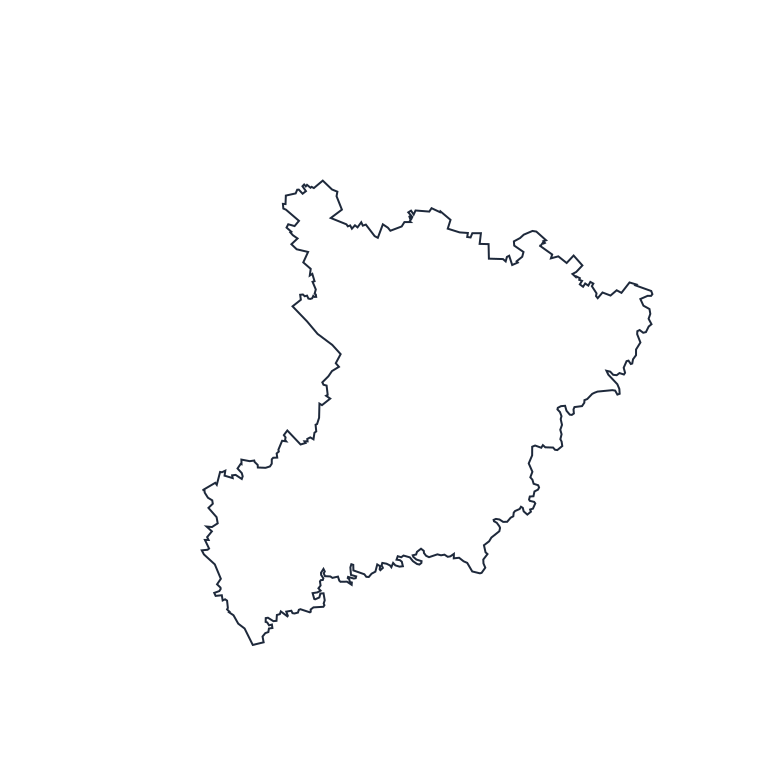 Fezile Dabi, Free State, South Africa (Natural Earth projection), rotated 141°
{"feature_id": "47623444B21501715606105", "entity_name": "Fezile Dabi", "entity_type": "district", "adm_level": 2, "iso_a3": "ZAF", "parent_name": "South Africa", "parent_adm1": "Free State", "projection": "natural_earth1", "projection_center": [27.835, -27.476], "detail": "fine", "context": "isolated", "style": "outline", "palette": "slate", "viewbox_px": 768, "rotation_deg": 141, "n_neighbors": 0, "source": "geoboundaries", "source_scale": "gbopen_adm2", "svg_char_len": 6154}
<svg xmlns="http://www.w3.org/2000/svg" viewBox="0 0 768 768"><g transform="rotate(141 384 384)"><path d="M117.8,288.1L126.5,302.4L125.2,302.4L129.3,308.4L142.1,305.4L144.2,310.4L152.3,310.2L156.6,317.6L163.9,316.2L163.9,318.9L161.8,320.7L160.9,329.2L158.1,330.3L159.4,333.5L163.3,331.9L164.4,335.5L168.1,334.3L169.1,338.2L165.2,339.5L166.7,342.1L165.2,343.0L166.9,346.7L167.6,346.3L168.3,350.9L164.1,350.1L155.2,351.3L155.8,364.5L165.9,363.1L168.2,373.5L175.2,376.6L171.8,378.8L176.0,393.9L175.3,392.8L170.7,394.1L171.3,392.7L170.2,392.4L170.2,394.7L167.6,393.7L169.7,406.6L172.3,409.5L181.4,412.1L186.4,411.8L193.3,413.1L195.7,409.6L192.5,398.8L196.5,395.9L203.7,395.9L203.6,394.2L209.5,395.8L206.0,404.9L208.5,405.4L212.3,402.7L212.9,406.2L223.6,415.4L214.7,426.9L221.5,432.7L213.8,440.2L220.5,445.6L224.5,443.4L226.8,445.9L223.8,448.6L229.8,454.2L236.7,464.6L229.0,469.7L231.5,482.7L232.3,482.2L236.4,490.7L240.3,489.5L250.3,499.0L254.3,497.0L253.9,501.7L257.1,502.1L256.9,496.0L258.4,495.3L258.6,498.9L260.2,494.7L261.6,494.3L261.4,493.1L266.2,497.0L271.1,495.3L282.6,499.1L282.6,503.0L284.4,508.8L296.8,501.5L298.2,504.8L297.8,519.3L300.8,520.4L299.9,524.0L306.0,522.4L306.7,525.6L311.2,524.9L310.5,528.5L312.9,529.3L312.7,531.7L320.9,546.5L307.0,546.0L302.7,559.8L299.2,562.8L302.0,567.9L303.6,580.6L315.2,580.4L316.2,582.8L317.6,582.8L318.5,587.2L320.4,586.8L320.5,589.3L322.9,589.0L323.3,583.0L327.5,583.1L327.9,588.7L329.2,589.6L332.7,587.7L341.7,592.2L347.3,585.8L349.2,587.6L351.8,583.7L350.5,581.2L347.4,564.3L354.1,563.0L357.9,568.4L361.3,566.9L360.2,560.6L361.4,560.8L361.2,557.0L359.6,551.5L368.0,550.9L367.1,543.7L359.9,534.4L370.2,529.3L368.5,519.6L373.4,515.0L370.4,514.7L373.3,507.6L375.2,508.4L377.5,500.4L381.0,497.9L380.7,496.4L381.9,494.4L383.3,495.5L383.5,497.0L385.9,495.8L387.8,496.5L389.0,498.0L388.2,501.1L390.4,502.1L390.7,504.6L393.0,506.1L395.6,501.8L406.2,501.9L404.4,481.1L404.1,464.7L399.6,446.9L398.9,434.5L408.4,430.5L408.2,425.7L416.3,426.8L422.3,425.0L430.9,424.1L431.5,421.5L429.6,418.9L434.6,411.0L436.4,411.3L435.0,406.5L445.5,406.6L446.5,409.4L455.7,398.6L461.2,395.0L462.8,395.4L466.5,389.8L468.7,389.9L473.6,385.4L474.9,388.9L478.2,389.6L479.5,387.5L481.9,389.5L482.1,387.5L486.9,389.5L488.4,408.7L494.0,407.3L494.1,404.5L496.1,402.7L496.1,401.0L498.9,404.0L507.4,399.4L508.3,397.7L511.1,397.6L513.3,394.0L516.5,396.4L518.6,396.1L521.4,392.7L524.5,391.7L528.8,393.4L534.6,398.5L533.1,400.6L533.6,404.9L533.0,406.2L536.9,408.5L542.4,415.0L545.2,411.3L545.7,412.1L551.0,410.5L550.6,404.3L551.9,401.2L554.3,399.7L556.5,406.7L559.5,408.6L560.8,406.1L565.6,413.1L561.9,416.5L565.5,417.4L566.7,418.8L577.4,410.9L577.3,413.4L591.8,415.6L590.3,414.5L591.7,412.4L592.4,406.4L590.7,401.7L592.4,398.7L598.4,398.2L597.9,385.9L600.9,380.4L607.7,381.1L611.6,384.9L610.5,377.8L617.8,376.3L618.5,373.2L621.3,375.5L623.5,366.2L625.4,366.2L630.3,369.4L631.2,364.9L629.0,350.3L633.4,335.3L639.8,333.4L639.2,328.7L639.9,327.5L642.3,326.7L647.4,328.5L648.2,325.3L643.0,321.9L645.6,317.3L643.0,316.7L642.3,314.4L646.3,308.2L647.8,307.6L647.4,304.2L648.1,304.2L646.5,299.0L648.1,289.5L646.2,281.7L650.2,263.8L640.1,259.0L637.3,264.2L633.0,265.1L630.0,264.0L627.3,266.4L624.3,264.6L622.5,267.6L625.2,268.8L624.8,272.2L625.7,273.6L623.2,276.5L621.3,275.4L619.2,269.3L616.6,267.6L612.6,271.9L609.8,270.7L607.3,272.2L605.3,264.2L604.6,264.4L603.2,268.6L598.7,266.1L599.3,263.5L598.0,262.0L594.7,260.5L592.3,262.1L590.7,261.6L585.3,253.2L584.3,253.1L582.9,254.9L579.4,254.8L571.3,249.0L569.5,249.6L569.0,251.4L566.2,253.2L562.7,259.4L565.3,261.2L568.6,258.8L573.0,260.0L573.5,260.8L571.1,266.4L567.0,264.0L563.3,263.3L563.5,266.5L560.1,267.3L558.0,270.9L556.5,271.3L554.9,270.2L553.4,271.2L553.0,275.2L551.8,276.9L547.4,278.4L548.0,275.6L550.0,274.8L550.8,271.8L546.8,268.2L546.1,265.8L541.0,263.3L542.5,259.3L542.3,257.7L537.2,253.7L535.5,248.3L533.9,250.0L535.1,251.6L533.9,254.2L534.3,256.0L533.3,256.7L529.9,251.8L528.2,250.9L526.7,252.0L529.8,256.4L525.6,262.6L522.8,264.5L521.7,262.8L525.1,258.4L519.0,248.5L519.1,245.3L517.3,243.6L513.0,244.4L508.8,243.6L502.8,248.0L501.7,244.8L504.0,242.7L504.0,241.6L500.6,241.8L499.9,244.7L497.9,246.0L495.1,242.7L493.5,239.2L493.6,237.0L489.5,239.2L489.3,235.9L486.9,232.3L484.0,230.5L482.0,234.7L482.5,237.1L484.8,239.6L481.7,241.5L479.6,238.5L476.8,238.4L473.0,233.0L473.0,228.1L471.6,223.3L470.1,221.4L467.6,221.4L466.3,222.7L469.3,227.2L470.0,231.2L469.5,232.8L466.3,231.3L464.0,232.8L458.9,232.7L458.1,229.3L459.3,227.5L459.4,224.0L458.0,221.1L449.7,218.0L447.5,215.0L444.4,213.3L443.2,209.6L440.9,208.3L436.6,208.0L439.5,204.6L435.0,201.7L433.7,196.1L431.9,192.6L433.4,182.8L428.6,176.5L427.0,175.8L420.9,177.5L419.6,182.0L417.3,185.1L410.6,186.7L411.0,189.3L407.8,195.8L401.3,195.6L397.2,197.1L387.0,197.0L384.4,199.1L383.9,200.7L383.7,205.2L384.9,208.1L384.3,209.4L381.9,208.7L379.5,206.0L378.2,201.9L375.0,199.4L369.7,200.4L366.8,199.8L364.1,202.4L362.1,202.8L357.2,201.5L354.8,202.4L354.1,200.4L355.6,197.1L354.8,192.3L350.2,192.3L349.4,194.5L346.7,193.4L341.6,196.0L341.5,197.9L344.2,201.4L344.0,202.9L341.5,204.8L338.5,202.7L334.7,205.8L330.8,205.0L328.6,206.0L327.9,208.3L330.5,212.3L328.9,216.2L329.0,219.4L323.9,222.4L321.5,231.2L313.8,235.3L308.3,242.0L305.3,241.1L301.9,235.5L299.0,236.5L298.5,233.3L292.6,228.2L292.5,225.3L290.9,223.6L284.5,223.6L282.2,227.5L281.7,230.1L277.6,233.2L275.8,237.5L271.4,240.2L268.8,245.5L266.3,247.3L264.9,251.5L265.2,255.1L263.9,256.1L260.4,255.4L257.0,253.1L259.0,248.4L258.9,243.3L257.5,241.8L255.0,241.6L252.7,245.0L250.5,246.2L244.0,242.2L240.1,243.4L238.4,245.3L235.5,244.4L228.4,245.3L225.8,244.7L222.8,243.7L210.4,235.5L208.5,233.4L209.3,228.9L207.0,228.1L204.2,232.1L202.8,237.0L203.8,250.1L202.8,254.3L200.4,251.2L200.1,246.9L197.6,244.4L194.1,244.3L191.6,240.4L189.6,241.0L187.5,245.8L181.1,249.1L179.3,248.3L179.6,244.2L178.2,243.7L174.9,246.5L170.0,247.8L166.4,252.2L158.6,254.9L155.9,263.4L153.9,265.6L151.4,265.1L150.3,260.7L147.8,259.5L142.1,262.1L138.5,262.1L137.3,268.2L132.9,270.9L130.5,275.2L133.1,281.6L131.3,288.7L123.6,286.6L121.0,284.4L118.9,284.9L117.8,288.1Z" fill="none" stroke="#1e293b" stroke-width="2"/></g></svg>